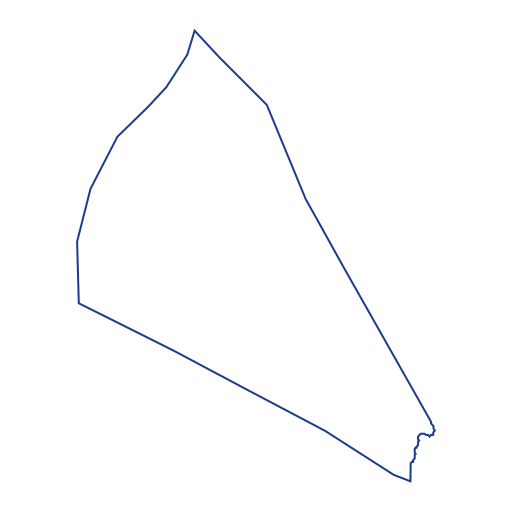 outline of 64, Ad Dawhah, Qatar
{"feature_id": "91078587B90572776822782", "entity_name": "64", "entity_type": "district", "adm_level": 2, "iso_a3": "QAT", "parent_name": "Qatar", "parent_adm1": "Ad Dawhah", "projection": "equal_earth", "projection_center": [51.513, 25.317], "detail": "fine", "context": "isolated", "style": "outline", "palette": "blue", "viewbox_px": 512, "rotation_deg": 0, "n_neighbors": 0, "source": "geoboundaries", "source_scale": "gbopen_adm2", "svg_char_len": 718}
<svg xmlns="http://www.w3.org/2000/svg" viewBox="0 0 512 512"><path d="M194.6,30.7L187.3,54.6L166.4,87.1L148.3,106.6L117.4,136.7L90.5,188.8L77.1,241.6L78.8,303.3L96.7,312.2L174.7,351.2L241.9,387.0L325.2,430.9L393.8,474.9L410.4,481.3L410.7,463.3L411.9,461.8L413.1,461.9L413.1,460.3L414.7,458.5L414.7,454.9L415.7,453.9L414.7,452.7L414.7,448.8L415.6,447.7L416.7,447.7L416.7,446.5L418.1,445.0L418.0,441.8L419.2,440.5L418.0,439.3L418.0,436.7L420.7,433.7L424.8,433.8L425.8,434.9L428.2,435.0L429.6,436.6L431.1,434.8L433.2,434.9L433.3,432.4L434.9,430.5L433.5,428.7L433.5,426.2L431.1,423.5L431.1,421.9L344.7,269.2L317.6,220.4L305.8,199.3L266.8,104.9L219.8,57.8L194.6,30.7Z" fill="none" stroke="#1e3a8a" stroke-width="2"/></svg>